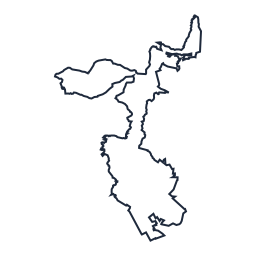 outline of Poian, Covasna, Romania
{"feature_id": "2599482B85588216220472", "entity_name": "Poian", "entity_type": "district", "adm_level": 2, "iso_a3": "ROU", "parent_name": "Romania", "parent_adm1": "Covasna", "projection": "robinson", "projection_center": [26.168, 46.118], "detail": "fine", "context": "isolated", "style": "outline", "palette": "slate", "viewbox_px": 256, "rotation_deg": 0, "n_neighbors": 0, "source": "geoboundaries", "source_scale": "gbopen_adm2", "svg_char_len": 5809}
<svg xmlns="http://www.w3.org/2000/svg" viewBox="0 0 256 256"><path d="M179.4,224.2L180.6,223.1L181.7,220.9L183.3,213.4L186.0,211.4L185.1,209.1L184.7,209.3L172.7,198.4L175.0,196.6L172.0,196.3L169.3,194.0L173.6,189.5L177.0,180.3L177.5,180.1L177.6,177.3L172.7,177.2L174.0,176.5L173.7,175.8L173.9,175.5L174.9,175.1L174.9,173.4L172.9,173.6L173.5,168.8L172.1,169.1L169.5,164.6L166.5,165.2L164.3,163.4L165.4,163.2L165.1,159.0L163.9,159.7L162.7,162.2L159.7,159.7L158.0,162.3L154.4,159.9L153.8,158.7L152.6,157.9L152.5,157.0L151.1,155.2L150.8,153.8L149.5,151.8L147.6,150.9L147.7,150.3L139.1,148.0L139.1,147.0L139.3,145.7L141.3,143.8L141.5,141.4L142.6,138.6L144.7,137.5L145.2,135.7L145.2,134.9L144.5,134.2L144.6,132.4L141.6,130.0L142.5,128.4L141.8,125.6L142.9,124.2L142.7,122.9L141.8,121.6L143.8,120.9L144.1,118.8L143.3,116.7L144.5,115.7L144.9,114.7L146.6,113.7L146.7,112.9L146.2,111.5L146.7,109.8L146.1,108.1L146.6,104.3L147.1,103.5L146.8,101.4L148.6,100.0L149.9,99.8L151.6,101.1L153.6,99.3L154.1,97.8L153.9,95.6L154.3,93.5L156.3,92.6L158.2,94.2L158.6,94.1L158.6,93.3L159.2,92.4L164.9,92.9L165.0,92.3L165.5,92.2L168.8,92.5L164.7,90.2L160.8,88.8L157.9,86.6L159.0,85.3L159.2,84.1L156.0,71.8L160.5,70.2L159.6,68.8L160.8,67.1L162.1,63.9L163.2,63.2L163.8,64.5L167.6,66.5L176.1,68.3L176.7,68.7L177.5,70.8L178.8,69.7L179.4,68.6L179.2,66.3L177.4,66.5L176.9,63.5L178.1,63.2L178.4,62.1L177.8,61.6L178.4,60.9L178.9,61.2L179.5,60.8L180.7,58.6L179.0,58.8L177.9,56.5L176.3,55.7L175.2,55.8L175.3,54.9L174.4,54.3L171.5,54.7L169.7,56.8L168.4,56.4L169.1,55.7L168.5,55.3L169.3,54.6L167.5,53.7L166.9,54.1L166.3,53.7L166.6,52.6L172.1,54.1L176.7,53.6L179.0,54.4L180.0,54.3L181.7,55.3L182.8,54.7L183.6,54.8L183.8,54.4L187.7,54.4L191.3,53.5L191.3,55.2L187.8,55.3L185.7,54.8L185.4,55.3L184.3,55.4L184.0,57.1L183.4,57.5L183.8,57.6L183.5,58.4L183.9,58.9L183.4,59.4L183.7,59.7L183.0,59.8L183.1,60.2L185.5,58.8L188.7,58.9L189.1,58.5L188.9,57.6L194.2,57.0L195.5,57.3L195.6,55.1L196.0,54.7L196.3,52.9L200.0,51.7L201.0,31.2L198.6,26.7L198.9,24.0L198.4,22.9L198.3,19.3L197.9,17.3L194.8,15.4L194.4,15.5L193.9,16.4L194.8,16.8L194.9,17.4L194.3,18.0L193.9,17.6L193.5,18.0L193.5,18.5L192.7,18.8L192.9,19.2L192.3,19.5L192.4,19.8L191.6,20.3L192.0,21.3L191.3,22.4L192.0,22.8L191.4,24.0L191.5,24.6L190.9,25.5L191.4,25.9L191.4,27.0L190.7,28.8L191.3,29.9L189.5,32.9L188.8,35.2L188.8,36.3L186.2,39.6L186.2,41.0L185.4,41.6L184.3,44.5L184.5,45.0L183.4,46.3L184.0,46.9L183.9,47.4L181.4,50.0L179.1,49.4L176.3,49.4L174.8,49.9L173.2,49.0L171.8,49.2L170.8,48.8L169.0,46.8L165.2,46.1L163.1,44.2L162.1,44.2L161.0,43.5L161.0,42.5L160.0,42.3L157.3,42.6L161.0,44.9L160.4,47.6L161.5,50.2L157.1,48.8L156.3,46.8L155.3,47.1L154.7,46.5L153.8,46.7L153.1,46.2L151.8,47.1L150.2,49.3L150.4,49.8L149.4,51.5L150.0,53.1L150.2,56.1L149.9,59.7L149.1,62.3L150.0,64.4L149.4,66.0L146.1,69.6L146.1,73.4L145.7,74.1L137.6,73.6L136.1,72.3L136.1,71.3L135.6,70.7L134.3,70.1L132.0,70.7L130.3,70.5L127.3,68.6L124.8,68.0L120.1,64.9L117.8,64.8L114.7,63.6L113.2,63.6L111.7,60.9L110.4,60.1L106.8,60.0L105.4,59.4L98.6,60.6L96.3,61.5L94.2,63.2L93.4,65.5L90.1,70.7L89.1,71.7L88.8,72.6L88.0,72.7L87.8,73.3L84.9,71.9L82.2,71.6L79.5,70.6L72.2,69.4L69.9,67.8L68.1,67.7L64.1,70.0L63.0,71.3L58.4,73.7L56.5,73.8L55.5,74.7L55.0,76.5L57.5,77.4L59.3,78.8L61.3,78.7L62.5,80.0L61.9,82.1L60.5,83.3L61.7,86.3L61.7,87.6L62.3,88.8L63.2,89.0L63.6,88.5L63.2,87.4L64.0,87.6L65.0,89.6L65.4,93.6L68.4,93.5L69.4,93.8L70.7,93.2L71.5,93.9L73.0,93.7L73.9,92.5L76.0,92.8L80.5,94.8L81.4,94.7L83.8,96.0L87.4,96.9L89.3,98.1L91.6,98.5L94.4,97.0L97.5,96.7L97.8,95.9L102.7,94.3L105.9,92.4L109.6,88.8L112.5,86.6L112.3,84.1L114.9,83.0L119.7,82.0L121.4,80.5L122.7,80.0L125.9,76.9L131.6,76.5L133.3,75.7L133.1,76.0L134.0,78.4L133.5,81.7L131.3,82.5L126.9,82.5L125.9,84.0L125.6,85.5L123.7,89.6L123.5,92.3L118.2,95.3L116.6,95.8L116.2,96.7L116.3,97.5L115.5,98.2L117.5,99.8L118.6,101.7L122.2,102.5L125.0,104.0L127.1,106.3L127.6,108.8L128.0,109.4L129.7,110.7L130.0,111.8L130.9,112.0L131.9,113.3L132.0,114.4L131.4,115.5L127.3,117.7L127.5,119.0L128.4,120.0L128.8,121.2L131.5,121.5L130.7,122.7L129.7,126.1L130.9,127.3L130.2,128.8L129.1,129.3L127.1,131.7L127.0,132.1L127.4,132.2L126.8,132.6L126.3,133.8L126.9,133.9L126.1,134.3L125.9,136.7L126.8,136.8L126.4,138.1L125.0,138.5L123.6,138.0L122.7,138.3L121.5,138.1L117.3,137.1L116.5,136.2L114.1,135.5L110.9,135.5L110.0,136.1L109.5,135.7L108.5,136.2L108.0,135.6L105.9,135.5L105.4,135.6L105.5,136.1L104.7,136.1L104.8,136.8L103.9,136.7L103.1,137.6L106.0,139.0L104.4,139.7L106.2,140.4L106.0,141.8L104.7,142.3L104.1,143.0L103.4,142.4L102.2,142.3L101.5,142.8L101.8,144.1L103.1,145.1L103.4,146.0L102.5,146.7L102.8,148.5L101.3,148.3L100.7,149.6L102.1,150.1L104.3,149.5L104.4,149.9L104.4,151.4L103.7,152.4L101.6,154.3L102.6,155.9L104.7,154.0L107.6,155.3L108.8,158.4L108.7,159.8L109.1,160.7L107.5,162.6L107.2,163.7L108.6,165.2L108.5,165.7L109.3,166.1L109.5,167.8L108.7,170.0L108.8,171.6L112.2,175.9L112.6,176.7L112.6,177.7L114.0,178.0L115.7,179.4L116.2,180.2L115.6,180.9L116.6,181.2L116.6,181.7L117.4,181.5L117.4,181.9L115.9,182.9L115.8,184.5L114.7,185.2L113.5,185.2L113.0,185.8L113.1,186.9L111.7,189.2L111.6,192.2L112.0,193.6L111.1,194.8L113.3,194.0L113.6,194.6L115.5,195.0L115.7,195.5L114.9,195.9L115.2,196.4L114.6,196.6L114.7,196.9L116.6,198.5L117.6,200.4L126.0,205.5L126.7,205.5L127.0,204.8L130.1,206.9L129.8,208.3L128.3,210.5L129.5,211.6L141.3,233.7L141.9,234.5L146.0,232.4L150.5,240.6L155.5,238.2L155.7,238.7L164.3,235.5L162.5,233.7L158.2,230.7L154.8,230.0L153.8,230.3L153.4,229.1L154.4,228.5L152.9,226.1L154.9,225.0L155.2,225.4L156.4,225.0L156.1,223.4L156.7,223.1L155.4,221.1L152.2,221.9L149.0,217.4L153.4,213.8L155.6,218.3L157.1,217.1L159.6,221.0L160.8,219.0L164.0,220.4L162.0,222.5L161.2,224.1L161.5,224.3L168.7,225.8L173.0,223.4L176.4,225.0L179.4,224.2Z" fill="none" stroke="#1e293b" stroke-width="2"/></svg>